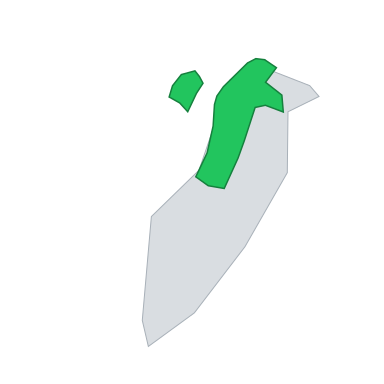 where Ash Shamālīyah sits in Bahrain, rotated 33°
{"feature_id": "BHR-4927", "entity_name": "Ash Shamālīyah", "entity_type": "Governorate", "adm_level": 1, "iso_a3": "BHR", "parent_name": "Bahrain", "parent_adm1": "", "projection": "mercator", "projection_center": [50.465, 26.145], "detail": "fine", "context": "in_parent", "style": "filled", "palette": "green", "viewbox_px": 384, "rotation_deg": 33, "n_neighbors": 0, "source": "natural_earth", "source_scale": "10m", "svg_char_len": 762}
<svg xmlns="http://www.w3.org/2000/svg" viewBox="0 0 384 384"><g transform="rotate(33 192 192)"><path d="M259.8,292.1L239.5,345.3L220.2,326.7L171.3,234.7L186.0,169.9L162.8,77.6L173.8,50.9L232.8,38.7L246.5,42.7L228.8,72.4L261.4,123.9L266.2,209.1L259.8,292.1Z" fill="#d9dde1" stroke="#a8b0b8" stroke-width="1"/><path d="M186.9,177.2L183.4,151.0L173.8,125.2L163.2,106.4L160.6,98.0L161.0,86.6L168.3,53.5L172.9,45.4L181.0,41.4L181.1,41.5L181.7,41.5L195.1,41.8L193.9,59.9L214.6,61.8L225.0,75.2L206.3,79.3L198.9,86.7L208.0,120.8L212.1,138.3L217.1,171.5L202.2,177.9L186.9,177.2ZM128.5,88.8L135.3,91.1L142.0,94.8L142.0,106.8L143.3,116.5L144.7,127.0L133.2,124.0L121.1,124.8L117.8,113.5L119.1,99.3L128.5,88.8Z" fill="#22c55e" stroke="#15803d" stroke-width="1.5"/></g></svg>